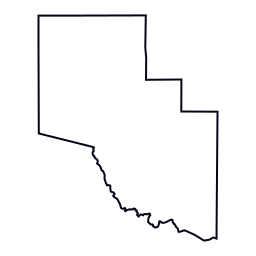 Iron, Wisconsin, United States of America, rotated 180°
{"feature_id": "52423323B77086831692435", "entity_name": "Iron", "entity_type": "district", "adm_level": 2, "iso_a3": "USA", "parent_name": "United States of America", "parent_adm1": "Wisconsin", "projection": "equal_earth", "projection_center": [-90.252, 46.285], "detail": "fine", "context": "isolated", "style": "outline", "palette": "ink", "viewbox_px": 256, "rotation_deg": 180, "n_neighbors": 0, "source": "geoboundaries", "source_scale": "gbopen_adm2", "svg_char_len": 1889}
<svg xmlns="http://www.w3.org/2000/svg" viewBox="0 0 256 256"><g transform="rotate(180 128 128)"><path d="M184.4,240.4L217.5,240.4L217.5,208.0L217.2,122.5L162.3,108.8L162.1,108.7L162.1,108.3L162.1,108.1L162.6,107.7L162.8,106.8L162.6,106.1L162.4,105.8L162.3,105.3L162.5,104.5L163.2,104.1L163.4,103.7L163.3,102.0L162.8,100.5L162.5,100.3L162.2,100.3L161.8,100.2L161.6,99.8L161.7,99.3L161.6,98.9L160.6,97.7L159.3,96.8L158.5,95.8L158.2,94.7L158.9,92.4L158.4,92.0L158.1,92.0L156.9,91.0L155.5,89.0L154.7,86.5L154.3,85.7L153.0,84.9L151.6,82.0L151.3,80.3L151.5,77.9L151.4,77.0L150.0,72.6L149.1,71.5L149.0,70.9L149.0,70.7L146.8,70.8L145.8,70.4L145.5,65.8L145.1,64.4L142.6,63.6L142.2,63.2L141.4,62.1L141.8,61.2L142.5,60.7L142.8,60.2L142.7,59.9L141.4,58.6L139.0,57.3L138.4,56.5L136.1,52.0L135.2,49.1L135.2,48.5L134.7,47.8L133.6,47.2L133.1,47.2L131.3,47.9L130.8,47.8L130.6,47.2L130.6,46.7L131.1,45.5L130.8,44.9L130.5,44.8L129.1,45.8L127.1,46.5L126.3,46.7L125.7,46.5L123.1,46.7L122.7,47.2L122.2,47.4L121.5,47.4L120.8,47.0L120.8,46.6L120.8,46.2L120.5,45.7L119.9,45.8L119.4,45.7L119.3,45.4L119.3,44.9L119.3,44.5L119.3,44.1L118.1,42.8L118.9,41.2L118.7,40.7L117.4,39.4L117.1,39.6L116.9,40.2L115.6,41.5L115.0,41.5L112.9,40.7L112.5,41.1L112.5,41.5L111.4,41.9L109.9,42.0L109.0,41.6L108.7,41.7L107.3,42.1L106.9,42.5L106.0,42.1L105.8,40.5L106.7,39.7L107.5,37.9L107.9,34.8L107.8,33.9L105.0,31.4L103.8,31.6L103.2,31.4L102.8,30.7L103.0,29.9L101.7,28.8L100.3,28.5L98.2,29.2L97.3,31.1L96.7,34.4L96.5,34.7L96.1,34.8L95.5,34.6L94.9,33.6L94.6,33.5L94.4,33.6L93.2,33.1L90.8,33.5L89.6,34.0L85.9,36.0L84.2,36.4L83.6,35.9L83.5,35.0L82.6,32.7L82.2,32.1L81.7,32.1L80.7,30.9L80.0,29.2L78.1,27.3L77.8,25.1L77.1,24.0L71.5,25.7L61.2,21.1L52.0,15.4L46.4,16.4L42.8,18.5L39.5,17.4L38.5,144.3L74.7,144.5L74.6,176.5L110.0,176.2L109.8,197.8L110.7,208.5L110.2,240.6L184.4,240.4Z" fill="none" stroke="#020617" stroke-width="2"/></g></svg>